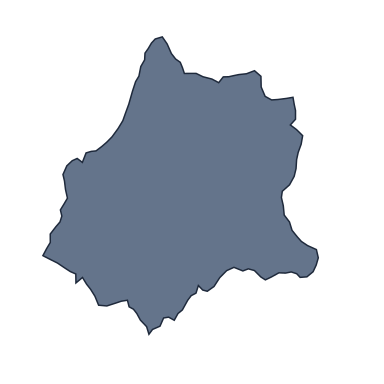 Itapecerica da Serra, São Paulo, Brazil (Equal Earth projection), rotated 10°
{"feature_id": "56859067B35127422475482", "entity_name": "Itapecerica da Serra", "entity_type": "district", "adm_level": 2, "iso_a3": "BRA", "parent_name": "Brazil", "parent_adm1": "São Paulo", "projection": "equal_earth", "projection_center": [-46.858, -23.736], "detail": "fine", "context": "isolated", "style": "filled", "palette": "slate", "viewbox_px": 384, "rotation_deg": 10, "n_neighbors": 0, "source": "geoboundaries", "source_scale": "gbopen_adm2", "svg_char_len": 1749}
<svg xmlns="http://www.w3.org/2000/svg" viewBox="0 0 384 384"><g transform="rotate(10 192 192)"><path d="M56.2,280.6L66.0,283.6L71.8,285.3L80.1,289.0L86.0,291.5L91.8,292.9L93.5,301.7L99.0,295.2L104.2,301.1L109.0,305.4L114.5,311.5L119.7,319.7L127.9,319.0L136.8,314.3L141.4,311.8L147.2,309.8L150.0,316.0L154.7,317.6L158.8,321.3L163.4,327.1L170.7,332.5L174.3,339.6L177.0,334.2L183.8,329.7L185.9,321.0L190.7,319.3L196.8,321.4L199.3,314.1L203.0,309.8L206.6,299.3L209.2,294.2L213.5,290.9L214.5,283.0L219.6,286.7L224.3,287.1L230.1,281.2L234.2,271.5L239.8,263.4L246.4,258.9L255.8,260.9L260.8,257.9L267.1,258.5L274.5,263.7L279.5,265.8L284.8,262.0L291.6,256.5L298.2,255.6L303.6,253.5L309.3,254.3L313.3,257.3L319.9,255.6L325.1,249.5L327.0,242.4L327.8,234.9L324.5,227.1L315.1,224.7L308.3,221.7L303.6,218.0L297.2,212.4L293.2,204.6L286.8,198.7L284.3,189.7L281.0,181.9L280.8,175.6L286.8,168.0L289.9,158.9L290.4,150.9L289.4,142.0L289.7,134.6L291.2,126.0L291.2,117.3L284.1,112.4L277.2,108.9L281.3,102.4L279.8,93.8L277.5,88.1L275.0,81.2L268.9,83.4L260.5,86.0L254.4,87.5L247.4,85.1L241.9,76.6L239.8,66.1L232.5,61.7L225.1,66.1L217.8,68.2L213.0,70.1L208.2,72.1L202.8,73.2L199.3,79.7L192.0,77.3L182.8,76.6L175.5,74.5L169.2,75.6L163.9,76.6L161.0,71.2L157.9,66.3L152.8,63.9L147.7,59.3L141.8,50.5L135.8,44.4L129.2,47.7L126.2,52.4L124.0,58.3L121.6,63.4L122.4,70.1L119.8,77.3L119.6,87.1L117.3,93.1L115.9,103.0L114.5,116.5L112.8,126.0L111.5,133.8L108.2,142.3L103.7,151.5L99.3,157.9L95.3,162.8L90.3,168.2L85.7,169.5L80.9,171.9L78.9,181.9L73.1,178.9L68.6,182.0L64.2,187.9L61.9,197.2L64.5,203.3L67.0,211.5L70.4,219.7L68.3,225.4L65.5,232.5L68.0,238.3L67.2,244.4L64.0,249.8L59.7,258.0L61.2,266.3L58.6,273.2L56.2,280.6Z" fill="#64748b" stroke="#1e293b" stroke-width="1.5"/></g></svg>